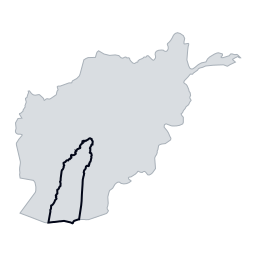 where Hilmand sits in Afghanistan
{"feature_id": "AFG-1750", "entity_name": "Hilmand", "entity_type": "Province", "adm_level": 1, "iso_a3": "AFG", "parent_name": "Afghanistan", "parent_adm1": "", "projection": "equal_earth", "projection_center": [64.341, 31.376], "detail": "fine", "context": "in_parent", "style": "outline", "palette": "ink", "viewbox_px": 256, "rotation_deg": 0, "n_neighbors": 0, "source": "natural_earth", "source_scale": "10m", "svg_char_len": 7440}
<svg xmlns="http://www.w3.org/2000/svg" viewBox="0 0 256 256"><path d="M109.6,55.4L115.2,54.9L118.9,55.6L120.9,57.7L122.8,58.2L124.7,57.2L125.9,57.0L126.4,57.7L127.3,57.9L128.8,57.8L129.6,58.4L129.8,59.6L130.9,61.2L132.9,63.1L134.6,63.5L136.8,62.1L137.6,62.2L137.9,61.8L138.1,60.7L139.5,59.7L141.9,58.7L143.3,57.9L143.8,57.2L144.7,57.0L145.6,57.2L146.2,56.9L146.7,56.0L147.6,55.7L148.3,55.8L151.8,59.3L153.2,60.3L153.8,60.1L155.4,58.2L155.6,56.5L155.1,54.3L155.4,52.5L156.5,51.2L158.5,50.3L161.6,50.0L163.4,50.2L164.1,50.9L165.1,51.3L166.2,51.4L167.3,50.6L168.2,48.9L168.2,46.8L167.3,44.3L167.5,43.6L169.0,42.3L170.6,40.5L172.1,38.1L173.5,35.2L175.3,33.4L177.5,32.7L180.2,33.5L183.4,35.7L184.7,38.5L184.0,41.8L184.0,43.7L184.7,44.0L188.2,43.4L188.7,43.8L188.7,44.8L188.2,46.2L187.7,50.1L186.9,59.9L188.6,65.7L189.7,68.0L190.8,68.8L191.9,69.0L192.9,68.8L195.1,67.3L198.3,64.6L201.4,62.9L206.0,61.9L207.5,59.0L209.6,57.0L214.4,54.1L217.0,53.0L218.5,52.8L222.3,53.9L222.5,54.8L222.3,55.7L221.3,56.5L221.0,57.1L221.4,57.6L222.9,57.7L229.3,55.7L230.6,54.0L232.0,53.9L234.8,54.7L236.9,54.4L238.0,55.2L240.6,57.8L239.9,57.9L238.7,57.4L238.0,56.5L235.5,57.6L232.6,59.3L232.7,59.7L235.4,62.1L230.1,64.6L227.7,66.1L227.2,66.2L223.5,64.8L213.3,65.2L205.6,66.0L202.7,67.3L199.9,68.0L198.5,68.7L197.6,70.1L193.4,73.1L192.6,74.2L190.3,74.1L187.9,77.1L184.4,80.7L183.7,82.3L184.3,83.2L186.2,84.5L187.1,85.7L188.6,89.1L189.2,91.5L190.1,92.6L190.6,95.5L189.8,97.1L189.8,98.0L191.1,100.2L190.8,100.8L189.9,101.9L188.6,104.7L186.1,106.7L185.1,108.6L183.4,110.6L182.7,112.4L181.9,113.3L181.1,113.8L181.4,114.7L182.1,115.9L183.3,117.2L183.3,122.4L182.7,123.9L179.6,125.3L176.5,125.9L172.7,126.0L171.3,125.8L166.0,123.8L164.4,124.8L164.1,127.1L167.1,130.8L168.4,132.9L169.9,136.4L170.9,138.2L170.6,139.9L165.3,143.6L161.8,144.0L159.7,144.7L158.6,145.6L157.9,149.6L157.2,151.0L157.2,152.7L156.5,154.7L155.5,156.0L154.7,158.0L155.5,168.6L152.5,172.8L150.7,174.3L149.1,175.0L147.7,174.8L145.9,172.4L144.7,171.4L143.4,171.6L142.2,172.5L140.2,172.2L138.5,171.3L137.7,171.4L137.2,172.3L135.4,174.1L131.0,176.9L129.2,177.1L128.4,177.8L128.7,178.9L129.5,179.8L130.9,180.5L131.0,181.2L128.8,182.7L126.5,183.6L123.8,183.9L121.1,183.4L119.6,182.2L118.0,182.1L116.4,183.0L114.9,184.4L112.7,188.2L109.6,190.5L108.8,192.8L107.8,197.0L108.2,203.2L107.8,205.9L107.1,207.7L107.3,209.1L108.4,210.7L107.9,211.8L107.0,213.0L106.2,213.6L88.7,219.6L85.9,219.7L84.4,219.5L79.4,219.5L77.4,219.9L75.3,220.7L73.8,221.7L72.6,223.2L70.5,222.4L64.0,220.9L46.3,222.8L44.6,222.5L20.0,213.1L35.4,192.2L35.8,190.5L35.9,187.0L35.0,182.5L33.5,180.4L20.1,178.0L19.6,174.5L19.9,172.9L19.6,169.9L19.7,167.5L20.3,163.7L20.4,161.9L16.4,144.8L16.4,143.1L18.9,139.2L22.1,135.4L22.0,134.6L20.4,134.2L18.0,134.2L16.7,133.6L15.7,132.5L15.4,131.0L16.1,128.3L15.5,122.9L18.0,118.5L21.9,118.2L20.0,115.0L19.6,114.6L19.4,114.1L19.6,113.5L20.6,113.3L23.0,111.2L23.1,110.0L25.1,107.0L25.0,105.6L26.3,102.0L25.6,99.6L25.5,98.3L26.9,97.5L27.9,94.1L28.4,93.3L28.5,92.4L28.2,91.1L29.5,90.9L30.7,92.6L32.5,94.4L33.8,95.0L35.3,95.2L38.7,94.6L39.5,94.7L43.0,97.9L43.7,98.8L43.9,100.0L44.5,100.4L45.8,99.2L47.0,98.7L49.3,99.1L50.5,98.7L56.3,94.7L56.8,92.1L57.3,90.7L58.1,89.9L57.2,86.9L57.5,86.4L58.3,86.1L60.2,86.1L69.0,82.9L71.3,82.9L71.8,82.7L72.0,81.8L72.6,80.8L76.8,78.5L79.2,76.1L80.0,74.3L83.9,59.8L86.0,58.5L88.1,57.6L95.4,57.4L96.7,52.9L97.3,51.9L98.6,50.8L104.0,54.0L109.6,55.4Z" fill="#d9dde1" stroke="#a8b0b8" stroke-width="1"/><path d="M79.1,219.3L78.7,219.3L74.3,220.8L73.8,221.2L73.4,221.7L72.8,223.1L72.4,223.3L70.5,222.4L67.5,221.7L64.0,220.9L61.5,221.2L60.7,221.3L59.9,221.3L59.1,221.4L58.4,221.5L57.6,221.6L56.8,221.7L56.0,221.8L55.2,221.9L54.4,222.0L53.6,222.0L52.8,222.1L52.0,222.2L51.2,222.3L50.4,222.4L49.6,222.5L48.8,222.6L48.4,222.6L50.3,212.1L50.4,211.1L50.3,210.1L50.3,209.9L50.4,209.7L50.8,209.1L50.9,208.8L51.0,208.5L51.1,207.0L51.1,205.9L51.1,205.7L51.3,205.4L51.6,205.3L51.8,205.3L51.9,205.2L52.4,204.9L53.1,204.1L53.6,203.4L54.3,202.2L54.7,201.3L54.9,200.7L55.1,200.2L55.3,199.9L56.1,199.2L56.4,198.9L56.5,198.7L56.4,198.3L56.4,198.1L56.1,197.7L55.9,197.3L55.9,197.0L56.3,196.3L56.3,196.2L56.1,195.9L55.9,195.8L55.8,195.6L55.8,195.4L55.9,195.2L56.1,195.1L56.6,194.2L56.8,194.0L57.0,193.9L57.3,193.7L57.4,193.4L57.4,193.2L57.3,192.2L57.3,190.7L57.2,190.0L57.4,189.7L58.1,189.4L58.3,189.2L58.6,188.9L58.7,188.7L58.9,188.3L59.5,186.8L59.7,186.6L59.8,186.5L60.2,186.3L60.5,185.9L60.5,185.6L60.5,185.4L60.6,183.5L60.6,183.2L60.5,182.9L60.3,182.6L60.1,181.8L60.1,181.5L60.5,181.0L60.6,180.6L60.7,178.3L61.6,171.4L61.9,170.2L62.6,169.6L62.7,169.4L63.0,169.0L63.6,167.6L63.7,167.3L63.7,167.1L63.6,166.6L63.6,166.4L63.9,166.0L64.1,165.7L64.2,165.4L63.9,165.2L63.9,164.9L63.9,164.7L63.7,164.4L63.7,164.2L63.6,163.7L63.5,163.0L63.9,162.6L65.2,162.0L65.5,161.8L65.6,161.6L66.5,160.5L66.7,160.4L66.8,160.4L67.3,160.3L67.6,160.3L68.1,160.4L68.3,160.4L68.4,160.2L68.5,159.9L68.6,159.7L69.7,158.7L69.9,158.6L70.1,158.7L70.2,158.8L70.3,158.7L70.5,158.5L70.6,158.3L70.8,158.1L71.0,157.9L71.3,157.8L71.4,157.7L71.4,157.3L71.4,157.1L71.3,156.9L71.2,156.8L71.1,156.6L71.0,156.4L71.0,155.9L71.0,155.5L71.1,155.3L71.1,155.2L71.3,155.1L71.5,155.0L71.6,155.3L71.8,155.4L73.1,155.1L73.9,155.1L74.1,155.0L74.6,154.7L75.3,154.3L75.6,154.0L75.7,153.9L75.7,153.7L75.8,153.2L75.4,152.8L75.2,152.7L75.2,152.3L75.3,152.0L75.6,151.6L76.2,151.1L76.4,150.9L76.5,150.8L76.5,150.7L76.4,150.6L76.5,150.6L76.5,150.4L76.8,150.0L77.0,149.7L77.2,149.4L77.4,149.2L77.5,149.1L78.0,149.0L80.1,148.1L80.3,147.8L80.3,147.7L80.2,147.6L79.7,147.4L79.7,147.2L79.8,147.0L79.9,146.7L80.1,146.4L80.2,146.2L80.0,145.9L80.1,145.6L80.3,145.4L80.6,145.0L80.7,144.8L80.9,144.6L81.0,144.4L82.5,143.2L82.2,143.0L82.2,142.8L82.2,142.5L82.2,142.3L82.3,142.2L82.8,141.7L82.7,141.4L82.6,141.2L83.3,140.8L83.5,140.8L83.6,141.0L83.6,141.5L83.8,141.7L84.0,141.7L84.3,141.6L84.5,141.5L85.0,140.8L85.2,140.6L85.3,140.6L85.6,140.7L85.7,140.8L86.0,140.8L86.4,140.6L86.8,140.2L88.3,139.4L88.5,139.1L88.8,138.8L89.5,138.4L89.9,138.3L90.5,138.4L90.8,138.8L91.1,138.9L91.6,139.0L91.7,139.3L91.6,139.5L92.1,140.5L92.4,140.9L92.6,141.1L92.7,141.4L92.7,141.7L92.7,141.9L92.7,142.0L92.6,142.5L92.6,142.9L92.6,143.0L92.5,143.4L92.5,143.5L92.5,143.8L92.5,144.1L92.2,144.0L91.7,144.6L91.5,144.8L91.6,145.0L91.6,145.3L91.2,145.8L90.9,146.2L89.9,148.1L89.9,148.3L90.0,148.4L90.1,148.5L90.3,148.7L90.3,148.8L90.4,149.0L90.2,150.1L90.2,150.4L90.2,150.5L90.3,150.7L90.3,150.9L90.1,152.0L89.8,152.7L89.9,152.8L90.0,152.8L90.3,153.0L90.7,153.0L90.8,153.0L90.9,153.3L91.0,153.4L91.3,153.5L91.6,154.7L91.7,155.1L91.7,155.4L91.7,155.5L91.5,155.8L91.3,156.1L91.2,156.3L91.2,156.5L91.3,156.6L91.4,157.0L91.4,157.4L91.4,157.7L91.4,157.9L91.3,158.2L91.3,158.3L91.1,158.7L91.0,159.2L90.8,160.4L90.5,161.5L90.4,161.7L90.1,161.9L89.7,162.3L89.6,162.6L89.6,162.8L89.5,163.3L89.4,163.4L89.4,163.6L89.3,163.8L89.2,163.9L89.1,164.0L89.3,164.2L89.3,164.3L89.2,164.5L89.1,164.8L88.9,165.8L88.7,166.0L88.4,166.1L88.1,166.1L87.8,166.0L87.6,165.8L87.4,165.7L87.2,165.7L86.9,165.8L86.6,166.0L86.4,166.2L86.2,166.3L86.0,166.5L85.9,166.8L85.8,167.1L85.8,167.9L85.6,168.6L85.5,168.8L85.3,169.1L84.6,169.9L84.5,170.1L84.2,170.3L84.1,170.5L83.7,172.5L83.8,172.8L83.9,173.0L84.0,173.1L84.2,173.3L84.1,173.6L83.8,175.4L83.8,175.6L83.5,176.2L83.1,178.3L82.8,179.5L82.6,182.8L82.6,183.6L81.9,194.2L81.6,201.1L81.2,205.3L79.1,219.2L79.1,219.3L79.1,219.3Z" fill="none" stroke="#020617" stroke-width="2"/></svg>